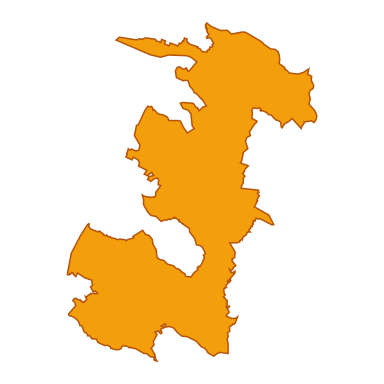 Lafragua, Puebla, Mexico (Robinson projection)
{"feature_id": "50627088B76215411073468", "entity_name": "Lafragua", "entity_type": "district", "adm_level": 2, "iso_a3": "MEX", "parent_name": "Mexico", "parent_adm1": "Puebla", "projection": "robinson", "projection_center": [-97.292, 19.284], "detail": "fine", "context": "isolated", "style": "filled", "palette": "amber", "viewbox_px": 384, "rotation_deg": 0, "n_neighbors": 0, "source": "geoboundaries", "source_scale": "gbopen_adm2", "svg_char_len": 5966}
<svg xmlns="http://www.w3.org/2000/svg" viewBox="0 0 384 384"><path d="M301.2,128.5L301.7,126.5L304.2,123.1L304.1,122.1L311.3,120.8L313.9,122.5L315.6,120.7L316.7,117.3L316.6,115.0L314.7,110.5L309.0,104.3L310.3,98.7L309.0,94.7L309.4,92.5L310.3,90.2L312.7,88.9L313.8,86.1L311.2,80.0L311.7,76.3L307.6,74.3L308.8,68.9L303.5,72.4L298.0,74.1L289.3,73.0L286.9,70.4L284.7,69.2L285.1,68.1L284.0,67.0L279.0,63.5L279.8,60.2L279.2,54.7L277.8,51.4L274.9,49.3L270.6,48.9L263.8,44.2L261.7,41.8L245.5,32.3L242.4,32.0L231.4,34.1L227.4,30.3L220.7,30.5L211.6,26.7L206.7,23.0L205.5,24.9L205.9,25.8L204.9,25.9L206.0,26.2L205.7,27.9L207.1,28.4L207.0,30.1L206.6,29.9L207.3,32.5L209.0,34.3L206.4,37.2L207.0,38.4L209.4,37.6L210.8,38.5L213.7,43.2L211.9,44.7L212.9,46.1L211.8,47.2L209.8,47.0L209.5,49.7L208.6,49.4L207.0,50.9L207.2,51.8L204.6,51.9L202.5,51.8L199.8,48.6L197.1,47.6L197.6,46.8L189.9,44.2L186.7,41.3L187.1,39.0L184.4,38.0L183.6,41.3L182.9,40.9L181.0,43.7L179.3,43.1L177.8,45.9L170.2,42.9L169.1,45.8L164.5,44.0L165.6,41.1L161.7,39.4L160.7,42.4L155.7,40.6L155.6,39.3L145.7,37.9L141.5,39.4L140.0,38.7L136.4,39.9L119.3,37.2L116.1,40.1L150.4,54.8L160.4,57.2L168.9,55.0L186.6,55.7L190.8,57.1L196.8,61.8L189.4,70.8L187.9,71.3L186.5,67.9L183.6,69.4L179.2,66.7L176.9,67.8L175.4,70.8L176.4,77.6L183.5,80.9L186.0,80.2L188.1,80.7L189.6,86.0L193.1,90.0L194.0,92.4L197.3,94.4L201.1,98.9L201.9,98.8L206.3,106.2L202.9,107.0L199.1,110.8L197.5,107.8L195.1,106.5L194.3,104.5L192.7,103.2L182.6,102.5L180.3,103.2L183.0,108.4L188.1,110.2L190.9,113.8L192.2,125.9L194.3,128.5L187.3,132.9L183.3,127.1L180.6,121.3L179.1,120.6L169.0,120.5L167.3,117.1L163.7,115.1L158.1,113.8L154.1,109.7L152.7,110.1L152.7,108.0L151.5,106.4L150.0,107.0L148.0,106.1L144.9,110.5L138.3,124.8L136.5,125.4L134.4,135.6L140.1,145.4L138.6,150.2L135.7,150.9L131.6,149.0L130.1,150.2L128.3,148.8L126.7,153.9L127.3,154.3L125.9,157.0L131.9,159.9L133.3,157.2L137.8,159.7L139.5,162.6L138.5,166.0L146.8,170.4L144.2,174.2L148.0,176.0L149.2,174.1L151.8,172.4L153.6,175.5L149.2,176.6L147.5,179.5L147.9,179.8L148.3,179.3L150.7,181.5L154.5,178.7L157.4,178.1L158.6,180.0L158.2,184.7L160.8,185.6L155.9,192.0L155.4,196.6L150.8,197.4L144.8,196.4L142.3,195.0L143.6,199.8L143.5,204.6L147.6,211.8L150.9,215.5L156.0,216.4L161.0,221.3L165.2,219.9L166.4,220.3L168.9,218.8L170.3,219.7L172.6,218.3L174.7,218.3L174.6,217.2L178.8,220.1L180.1,219.7L178.4,220.3L178.8,221.4L181.9,222.9L182.0,223.7L183.3,223.8L183.5,224.6L189.3,228.4L189.6,232.0L194.6,238.5L196.5,244.8L200.2,245.7L202.2,247.0L205.5,253.5L203.3,255.3L204.4,257.5L201.5,264.2L199.7,266.8L198.7,266.2L197.1,268.0L197.9,269.7L194.1,272.6L191.1,276.9L185.7,276.5L185.0,273.8L182.3,272.4L179.3,269.3L176.0,268.3L173.6,265.8L167.4,264.1L163.7,260.3L160.8,259.9L157.7,258.1L156.8,256.1L156.3,250.0L153.1,244.4L152.2,239.3L149.3,235.6L145.3,234.3L142.7,230.3L132.9,236.5L133.8,238.0L127.8,239.5L126.0,240.7L125.4,239.9L119.9,239.1L117.0,239.7L115.1,238.5L111.7,237.9L110.0,236.5L108.5,237.0L106.7,235.0L106.3,235.9L103.5,235.0L103.8,234.4L99.4,231.0L98.9,231.7L97.3,231.6L90.4,228.9L88.3,225.5L89.4,224.2L89.0,223.6L87.5,224.7L80.7,235.3L71.3,253.2L67.3,274.5L69.0,275.0L69.8,273.8L70.6,274.1L71.5,272.5L73.1,273.0L72.8,273.6L75.8,276.6L77.7,273.0L84.5,277.7L92.0,280.3L91.8,282.7L92.9,285.1L90.5,286.8L92.7,291.2L95.4,291.1L97.6,293.4L94.5,293.9L93.9,292.8L91.2,293.9L90.6,293.4L89.2,295.1L88.3,295.0L87.4,296.7L85.3,296.2L86.7,299.4L83.6,302.5L82.6,301.4L81.5,301.5L80.3,299.8L78.2,300.0L76.5,298.4L74.4,298.5L72.8,300.5L74.8,302.6L75.7,305.8L68.6,313.9L69.1,315.6L72.1,316.3L76.4,319.1L79.1,322.4L79.8,325.5L81.9,325.9L84.0,331.6L87.7,334.4L87.5,335.7L89.9,335.9L91.8,338.8L96.5,339.1L97.8,342.4L104.9,345.6L107.1,345.2L110.3,346.7L110.7,348.2L115.5,349.7L119.2,349.6L121.2,348.4L121.7,346.8L123.2,345.7L127.8,346.5L129.3,347.9L130.8,347.2L132.9,348.4L135.1,348.4L143.9,353.4L146.9,353.7L150.2,356.7L154.3,357.4L154.0,359.9L156.0,361.0L157.1,361.0L155.6,359.2L154.9,354.7L151.2,348.2L154.0,345.0L153.3,341.6L157.1,334.2L154.9,332.1L157.9,330.9L160.6,333.8L162.0,332.9L161.0,330.2L160.4,330.6L160.8,329.2L164.6,327.4L161.3,326.0L164.6,324.2L165.8,324.2L165.1,325.9L166.1,327.0L169.8,326.5L173.8,328.1L177.0,332.1L181.7,336.0L187.3,336.7L196.1,341.1L201.6,347.0L204.9,348.3L208.3,353.1L213.8,356.2L217.0,353.6L220.2,352.4L228.1,353.5L228.1,344.1L227.1,339.1L228.3,336.3L227.4,332.6L229.7,331.4L229.4,326.6L231.8,325.5L232.6,324.0L233.6,324.4L235.1,323.3L237.5,316.9L235.5,318.4L231.8,318.4L226.5,316.3L226.3,315.4L229.2,312.1L227.3,308.6L230.2,305.8L226.7,307.6L226.1,306.5L227.5,305.0L226.4,303.2L227.3,302.6L227.1,300.4L226.4,300.5L225.4,298.5L223.4,297.0L225.2,294.8L224.0,292.6L223.8,289.0L226.2,287.6L225.2,287.3L227.9,282.9L227.6,280.6L228.9,280.1L228.4,282.1L229.0,282.6L230.9,280.2L229.9,278.7L234.8,273.4L235.1,271.2L233.5,272.1L233.9,272.8L230.8,272.5L229.5,269.3L231.3,270.7L233.2,268.7L233.1,267.8L235.8,265.6L231.9,260.6L232.6,259.5L232.1,259.0L234.6,257.6L235.1,252.0L229.7,242.8L237.2,242.8L239.9,241.7L239.8,241.0L239.2,241.4L241.6,239.3L242.2,239.9L243.0,237.1L246.4,234.8L247.4,232.0L250.2,232.0L249.0,230.7L249.5,228.9L250.4,228.7L251.3,226.1L252.1,226.5L252.8,223.4L253.3,223.7L253.1,221.6L253.6,220.5L254.9,221.3L256.1,218.2L258.2,219.1L259.9,218.7L271.8,224.8L273.7,224.6L268.8,215.0L254.4,206.9L257.5,200.9L256.8,200.7L257.3,198.9L259.4,195.8L257.5,194.1L257.6,193.2L259.0,192.5L258.3,191.5L258.6,190.2L241.2,188.3L241.6,185.9L243.2,183.1L243.4,177.8L245.0,176.2L242.6,173.4L244.4,171.9L244.4,170.5L245.7,168.4L248.3,165.8L240.3,162.8L241.8,160.6L243.4,152.3L247.8,148.7L245.5,141.3L246.8,137.5L250.4,135.6L249.4,132.0L254.4,124.3L256.8,122.1L256.9,121.1L251.9,118.4L252.4,112.7L251.7,110.5L253.5,107.7L256.8,108.6L259.4,107.8L260.7,108.7L260.0,110.3L261.2,111.1L261.7,110.3L266.8,112.6L268.3,114.5L271.3,115.1L275.4,119.7L279.6,121.2L280.7,122.6L281.3,127.3L282.0,127.9L284.7,123.8L288.7,121.6L292.1,118.5L301.2,128.5Z" fill="#f59e0b" stroke="#b45309" stroke-width="1.5"/></svg>